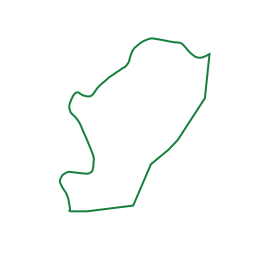 Dennery By Pass/White Rock Gardens, Dennery, Saint Lucia, rotated 109°
{"feature_id": "8701671B35205001440787", "entity_name": "Dennery By Pass/White Rock Gardens", "entity_type": "district", "adm_level": 2, "iso_a3": "LCA", "parent_name": "Saint Lucia", "parent_adm1": "Dennery", "projection": "albers", "projection_center": [-60.893, 13.914], "detail": "fine", "context": "isolated", "style": "outline", "palette": "green", "viewbox_px": 256, "rotation_deg": 109, "n_neighbors": 0, "source": "geoboundaries", "source_scale": "gbopen_adm2", "svg_char_len": 2806}
<svg xmlns="http://www.w3.org/2000/svg" viewBox="0 0 256 256"><g transform="rotate(109 128 128)"><path d="M134.6,82.2L133.9,82.0L127.6,79.1L122.9,77.0L101.6,71.7L74.8,65.0L35.5,74.1L31.6,75.0L32.2,75.6L33.0,76.4L33.9,77.2L34.9,78.2L35.4,78.7L36.8,80.3L37.4,81.4L37.9,82.2L38.1,82.8L38.6,84.4L38.8,86.6L38.5,88.6L38.0,90.0L37.7,90.6L37.0,92.8L36.1,94.8L34.9,96.8L34.4,97.7L33.7,98.7L32.6,100.7L32.1,101.5L31.6,102.5L31.2,103.3L30.7,104.5L30.6,106.7L30.9,108.9L31.5,110.7L32.0,113.2L32.4,115.5L32.7,117.2L32.9,118.7L33.0,119.9L33.4,122.1L33.7,124.6L34.0,126.7L34.4,128.8L34.8,131.1L35.1,133.2L35.7,135.3L37.1,137.3L37.7,138.1L38.4,139.0L39.8,140.5L41.3,142.1L43.0,143.5L44.3,144.4L44.9,144.7L45.5,145.1L46.8,145.9L47.5,146.3L48.6,147.0L50.4,148.1L51.7,148.4L52.7,148.7L54.9,149.0L55.8,149.1L57.1,149.1L59.2,149.1L60.8,149.0L61.3,149.0L63.5,148.8L64.9,148.8L65.6,148.8L67.7,149.3L69.8,150.0L70.3,150.2L71.2,150.7L71.7,150.9L72.4,151.8L72.7,152.2L77.3,155.6L78.7,156.7L86.6,162.6L87.7,163.2L88.3,163.5L89.4,164.1L90.7,164.8L91.8,165.5L92.8,166.1L93.9,166.7L94.9,167.4L96.0,168.0L97.1,168.6L98.2,169.1L99.2,169.5L99.8,169.8L100.3,170.0L101.2,170.2L102.6,170.7L103.7,171.0L104.8,171.3L106.0,171.7L107.2,172.0L108.2,172.4L108.8,172.8L110.1,173.8L110.7,174.9L111.1,175.9L111.4,177.0L111.5,177.8L111.7,179.3L111.7,180.0L111.7,181.5L111.5,182.7L111.3,183.8L110.9,185.0L110.6,186.1L110.7,187.4L111.1,188.1L111.8,188.8L112.4,189.2L113.2,189.7L113.8,189.9L115.2,190.3L116.8,190.6L118.1,190.7L118.7,190.8L119.2,190.8L120.4,190.9L121.5,190.9L122.4,191.0L123.3,191.0L123.9,191.0L125.0,190.9L126.1,190.7L127.2,190.4L128.4,189.8L129.3,189.2L130.3,188.5L131.3,187.8L132.1,187.0L132.7,186.0L133.1,185.2L133.4,184.4L133.7,183.8L134.3,182.5L134.9,181.2L135.2,180.8L135.6,180.0L136.3,179.1L137.0,178.0L137.7,177.1L138.3,176.3L138.7,175.9L139.5,175.0L140.2,174.2L141.2,173.3L141.8,172.7L142.9,171.8L143.8,171.0L145.2,169.8L146.1,168.9L146.6,168.5L147.4,167.7L148.3,166.9L148.7,166.5L149.6,165.6L150.4,164.8L151.2,164.1L160.5,156.0L163.9,153.0L165.6,151.8L166.6,151.2L167.4,150.6L169.4,149.8L170.7,149.6L171.5,149.4L173.6,148.8L175.7,148.3L176.9,148.1L177.7,148.0L178.4,147.9L179.3,147.8L180.2,147.9L180.9,148.0L182.4,148.9L182.9,149.4L184.0,150.7L184.6,152.0L184.9,152.8L188.7,169.7L189.4,170.7L190.1,171.6L191.0,172.4L191.9,173.1L192.5,173.7L193.8,174.5L195.1,174.9L196.3,175.1L197.4,175.3L198.3,175.3L198.9,175.3L199.6,175.3L200.4,175.1L201.8,174.5L202.7,173.6L203.3,173.0L204.5,171.8L205.3,170.9L205.8,170.4L206.8,169.1L207.3,168.5L208.0,167.6L208.9,166.2L209.4,165.7L210.2,164.8L210.8,164.2L211.5,163.7L212.1,163.2L212.8,162.7L213.3,162.2L214.2,161.5L217.0,159.9L223.7,156.3L224.3,156.4L225.4,156.4L225.4,154.9L220.2,139.7L199.6,97.8L154.7,94.5L151.8,92.7L134.6,82.2Z" fill="none" stroke="#15803d" stroke-width="2"/></g></svg>